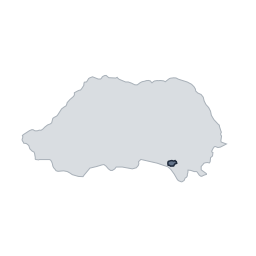 Gyôr highlighted on a map of Hungary, rotated 197°
{"feature_id": "HUN-4905", "entity_name": "Gyôr", "entity_type": "Urban county", "adm_level": 1, "iso_a3": "HUN", "parent_name": "Hungary", "parent_adm1": "", "projection": "orthographic", "projection_center": [17.664, 47.662], "detail": "fine", "context": "in_parent", "style": "filled", "palette": "slate", "viewbox_px": 256, "rotation_deg": 197, "n_neighbors": 0, "source": "natural_earth", "source_scale": "10m", "svg_char_len": 2811}
<svg xmlns="http://www.w3.org/2000/svg" viewBox="0 0 256 256"><g transform="rotate(197 128 128)"><path d="M204.1,71.4L206.9,70.9L207.0,70.9L207.6,71.1L208.2,73.1L208.3,73.2L209.0,74.5L209.8,76.2L210.8,77.5L213.0,77.9L215.8,79.4L217.8,82.3L220.6,83.4L220.8,83.5L221.3,83.3L223.3,83.0L223.7,83.6L225.4,85.0L226.0,86.3L225.8,87.8L226.2,89.3L226.8,89.8L226.2,91.0L221.5,96.6L219.6,98.2L218.3,98.6L216.2,98.1L214.1,98.7L212.2,100.0L210.5,100.4L209.2,101.9L207.6,104.9L205.7,107.5L203.6,109.1L202.5,110.6L202.7,115.3L201.6,116.7L200.0,118.2L199.2,119.4L197.1,126.8L195.4,129.2L193.7,131.1L193.5,132.7L193.6,134.5L191.8,138.3L189.3,142.3L188.9,143.9L189.6,146.0L187.1,148.6L185.7,149.8L184.5,150.4L183.8,152.0L182.7,155.8L183.1,157.4L183.2,159.0L181.1,160.0L180.6,161.7L180.1,163.8L179.2,164.8L176.9,166.6L170.8,166.1L168.5,166.8L167.8,168.1L167.7,169.1L167.0,170.1L165.7,171.3L164.3,171.9L161.1,170.5L154.3,172.2L153.2,173.3L152.2,172.6L150.7,172.0L143.8,171.3L141.2,172.1L137.6,171.9L134.2,171.3L131.8,171.9L129.6,174.9L128.6,175.9L127.7,176.6L125.8,177.6L124.3,178.7L122.2,179.5L120.3,179.5L118.5,178.2L117.9,178.5L117.4,179.7L116.4,180.7L113.8,182.0L113.1,182.0L111.0,182.9L107.6,183.5L105.9,183.1L102.9,187.3L102.0,188.0L99.1,189.3L96.7,189.9L94.7,189.5L93.8,189.4L84.8,189.3L80.0,188.4L77.0,186.8L75.0,185.0L74.0,183.1L71.6,181.9L67.9,181.4L65.1,179.5L63.0,176.0L60.3,173.2L56.8,171.1L54.0,168.2L52.0,164.5L48.3,161.1L43.1,158.1L41.5,157.4L41.2,156.5L38.6,152.7L37.5,151.3L37.7,149.5L37.2,148.5L36.2,147.7L35.8,145.1L35.5,143.1L34.8,141.8L29.2,141.5L34.0,136.8L36.3,135.6L39.0,135.8L39.9,135.4L40.2,134.7L40.7,133.2L40.9,131.8L41.2,130.4L40.9,129.6L39.6,129.4L39.0,126.0L39.7,124.8L40.4,123.9L39.6,119.8L39.9,118.4L42.0,118.2L43.8,117.4L45.2,116.4L45.6,115.1L46.8,112.6L45.8,109.4L39.7,107.3L39.4,106.5L40.9,105.6L42.4,104.3L43.3,103.4L44.4,103.2L46.1,103.8L49.0,106.1L50.1,106.4L51.2,105.8L52.3,105.7L55.6,105.8L58.3,105.3L57.7,102.8L57.7,101.0L57.3,99.6L57.6,98.1L58.7,96.9L59.0,94.2L60.7,92.3L61.5,92.1L64.5,92.4L65.2,92.9L65.6,93.0L70.4,97.5L74.9,100.9L78.6,102.6L84.0,102.7L89.7,102.9L99.4,102.2L106.6,101.7L107.0,100.8L108.1,98.8L107.2,97.1L107.2,95.1L108.4,92.4L111.9,90.2L122.1,89.0L127.9,87.2L128.7,85.0L130.6,82.8L132.3,82.3L134.8,83.2L137.8,85.1L140.3,86.0L141.8,85.3L146.9,81.9L152.7,78.5L156.4,69.7L156.8,68.3L161.2,67.2L167.6,67.1L170.9,68.1L173.4,68.6L177.1,68.2L182.3,66.1L184.3,66.1L185.9,67.3L187.6,68.3L188.8,69.7L189.8,71.6L190.3,72.3L191.1,73.3L192.5,74.6L193.8,74.9L203.6,71.9L204.1,71.4Z" fill="#d9dde1" stroke="#a8b0b8" stroke-width="1"/><path d="M76.2,104.0L77.5,104.4L78.8,104.2L79.5,105.7L79.8,107.1L79.6,107.9L77.7,109.1L76.5,109.7L74.6,109.7L73.5,110.6L72.4,109.9L72.0,110.0L71.1,108.5L72.8,107.2L73.3,105.0L76.2,104.0Z" fill="#64748b" stroke="#1e293b" stroke-width="1.5"/></g></svg>